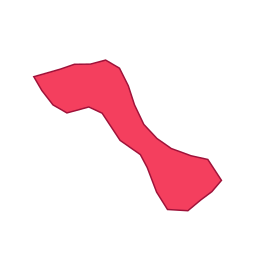 outline of Ella Keryneias, Cyprus, rotated 125°
{"feature_id": "46923920B40684211252077", "entity_name": "Ella Keryneias", "entity_type": "district", "adm_level": 2, "iso_a3": "CYP", "parent_name": "Cyprus", "parent_adm1": "", "projection": "equal_earth", "projection_center": [33.219, 35.339], "detail": "fine", "context": "isolated", "style": "filled", "palette": "rose", "viewbox_px": 256, "rotation_deg": 125, "n_neighbors": 0, "source": "geoboundaries", "source_scale": "gbopen_adm2", "svg_char_len": 491}
<svg xmlns="http://www.w3.org/2000/svg" viewBox="0 0 256 256"><g transform="rotate(125 128 128)"><path d="M83.9,169.3L85.2,185.3L97.3,195.5L106.6,208.5L118.6,217.2L140.0,234.6L146.7,220.1L152.1,202.7L150.7,186.7L133.3,172.2L130.7,157.7L142.7,127.3L142.7,102.6L149.4,89.5L164.1,67.8L172.1,48.9L161.4,31.5L145.4,27.2L132.0,22.8L117.3,21.4L108.0,44.6L114.6,60.5L120.0,80.8L120.0,98.3L116.0,117.1L105.3,136.0L93.3,151.9L83.9,169.3Z" fill="#f43f5e" stroke="#9f1239" stroke-width="1.5"/></g></svg>